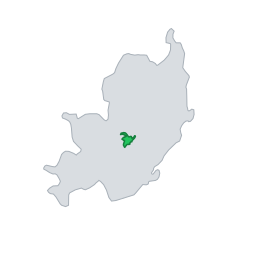 Nidwalden highlighted on a map of Switzerland, rotated 134°
{"feature_id": "CHE-164", "entity_name": "Nidwalden", "entity_type": "Canton", "adm_level": 1, "iso_a3": "CHE", "parent_name": "Switzerland", "parent_adm1": "", "projection": "equal_earth", "projection_center": [8.375, 46.893], "detail": "fine", "context": "in_parent", "style": "filled", "palette": "green", "viewbox_px": 256, "rotation_deg": 134, "n_neighbors": 0, "source": "natural_earth", "source_scale": "10m", "svg_char_len": 3571}
<svg xmlns="http://www.w3.org/2000/svg" viewBox="0 0 256 256"><g transform="rotate(134 128 128)"><path d="M187.4,85.7L188.8,86.5L192.0,89.1L191.3,93.4L187.6,100.4L185.7,106.1L185.5,110.5L185.9,112.6L186.6,112.5L190.1,112.9L191.9,112.8L197.6,114.0L202.1,115.8L203.0,117.6L203.6,119.8L209.0,122.9L215.2,124.9L217.3,124.2L224.9,117.1L227.9,118.3L229.7,122.1L229.7,124.1L227.7,131.7L227.3,135.7L229.2,138.4L229.4,140.6L228.9,142.5L225.8,142.6L221.7,141.6L218.2,138.3L215.6,138.7L213.3,139.6L212.1,142.7L211.1,146.4L211.5,148.5L213.2,150.0L214.5,153.4L215.4,157.8L216.1,159.9L215.4,160.8L213.2,161.4L211.4,160.8L208.2,155.5L206.7,153.5L204.2,153.2L199.8,154.4L193.1,157.4L190.4,157.4L188.1,156.8L185.9,154.3L184.0,149.5L183.4,146.4L182.1,146.5L177.8,145.7L175.8,146.9L175.8,151.8L175.5,157.9L173.3,161.9L167.3,168.7L165.1,171.7L164.2,173.9L164.1,175.8L165.0,179.0L166.3,182.1L165.2,183.9L162.0,184.8L159.8,182.9L158.9,179.6L154.0,175.0L156.2,171.2L155.8,170.2L147.8,168.2L144.3,165.4L139.4,160.3L138.5,158.1L138.7,151.1L138.4,149.4L137.8,148.6L135.4,148.6L132.2,151.1L129.1,154.7L122.9,158.8L122.3,159.7L124.4,163.7L124.3,165.3L119.2,171.7L118.2,173.8L111.8,177.9L108.9,179.4L100.0,176.4L97.5,176.1L93.6,178.0L87.9,179.9L78.8,181.8L75.5,180.4L73.9,179.1L73.2,177.2L70.9,173.8L68.3,171.7L66.6,169.5L64.2,167.1L62.7,165.1L64.8,158.6L63.3,156.3L62.6,153.1L63.0,150.9L62.2,150.3L54.1,149.1L47.3,149.5L42.4,151.6L38.4,155.2L37.9,156.0L38.1,156.6L40.1,159.9L36.7,163.4L31.5,166.1L27.9,166.4L26.3,165.9L26.3,162.1L29.3,160.8L32.0,158.3L33.0,154.9L33.3,152.5L30.5,149.6L30.9,147.8L32.7,144.5L33.8,141.5L35.2,138.9L40.9,134.7L46.6,130.5L47.5,126.0L48.0,120.5L48.8,119.2L56.5,115.9L58.4,114.7L59.4,112.8L65.4,106.7L71.4,100.7L72.6,98.6L73.6,97.4L73.7,96.5L72.9,95.7L70.1,95.2L69.2,93.3L72.3,89.9L76.1,87.8L79.8,87.7L81.3,88.7L81.2,89.8L82.8,91.1L85.6,91.5L89.1,91.0L92.6,89.7L94.8,86.7L96.0,84.4L101.5,81.8L105.2,83.1L115.5,83.5L123.0,82.7L127.7,81.0L133.5,81.0L137.4,82.0L138.1,81.8L139.2,81.6L140.3,80.6L143.9,80.0L144.4,79.2L144.3,78.4L143.6,77.9L139.1,78.4L137.4,77.7L136.9,76.3L138.4,73.8L141.7,71.7L144.5,71.2L146.6,71.8L151.5,75.6L152.7,75.7L153.4,75.0L154.4,74.6L156.2,75.4L158.1,77.7L158.4,78.1L169.5,77.3L172.0,77.3L179.5,81.4L187.4,85.7Z" fill="#d9dde1" stroke="#a8b0b8" stroke-width="1"/><path d="M139.7,116.6L140.8,117.3L144.1,116.9L144.2,117.2L144.1,117.5L143.5,119.3L143.3,119.5L143.1,119.7L142.6,120.1L140.3,121.2L139.6,121.6L139.4,121.9L139.8,122.4L139.9,122.6L140.0,123.0L139.9,123.4L140.1,124.6L137.9,124.7L137.4,124.4L137.2,124.0L137.0,123.9L136.8,123.9L135.9,124.4L135.8,124.5L135.7,124.5L135.7,124.4L135.7,124.1L135.7,123.9L135.5,123.6L135.3,123.5L135.1,123.6L135.0,123.9L135.0,124.1L135.1,124.4L135.2,125.1L135.3,125.4L135.6,126.1L135.6,126.3L135.5,126.5L135.7,126.8L136.0,126.9L136.1,127.1L136.1,127.3L136.2,127.5L136.4,127.7L136.6,128.0L136.9,128.3L137.6,128.5L137.8,128.8L137.7,128.9L136.4,129.3L135.3,128.5L134.4,128.0L133.5,126.8L133.3,125.5L133.4,124.9L133.5,123.7L133.7,123.1L133.8,122.8L133.8,121.2L133.7,121.0L133.4,120.8L132.4,120.4L132.1,120.1L131.9,119.9L131.9,119.5L132.0,119.3L132.2,119.1L132.3,118.9L132.4,118.6L132.5,118.4L132.6,118.1L132.5,117.9L132.3,117.9L130.6,117.4L130.4,117.4L130.2,117.5L129.7,117.7L129.0,117.8L128.7,117.4L128.8,117.2L128.9,116.9L129.2,116.7L130.0,116.5L130.8,116.3L131.9,116.3L132.5,116.2L133.0,116.3L133.6,116.4L134.5,116.1L135.2,115.7L135.7,116.0L135.8,116.2L135.8,116.3L137.3,116.3L137.8,116.2L137.8,115.9L138.2,115.5L138.9,115.7L139.5,116.2L139.7,116.6Z" fill="#22c55e" stroke="#15803d" stroke-width="1.5"/></g></svg>